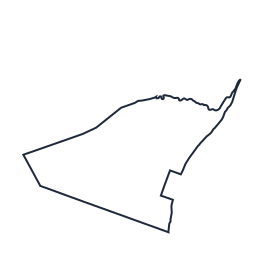 Trarza, Robinson projection, rotated 200°
{"feature_id": "MRT-2788", "entity_name": "Trarza", "entity_type": "Region", "adm_level": 1, "iso_a3": "MRT", "parent_name": "Mauritania", "parent_adm1": "", "projection": "robinson", "projection_center": [-15.679, 17.405], "detail": "fine", "context": "isolated", "style": "outline", "palette": "slate", "viewbox_px": 256, "rotation_deg": 200, "n_neighbors": 0, "source": "natural_earth", "source_scale": "10m", "svg_char_len": 1952}
<svg xmlns="http://www.w3.org/2000/svg" viewBox="0 0 256 256"><g transform="rotate(200 128 128)"><path d="M112.4,166.8L112.4,166.7L111.8,166.0L111.2,165.7L110.2,166.2L109.7,166.5L109.4,167.0L109.3,167.8L109.2,168.1L109.0,168.4L108.7,168.7L108.3,168.8L108.0,168.9L107.7,168.7L107.2,168.2L106.8,167.6L106.4,167.1L105.7,166.9L105.1,167.1L104.7,167.6L104.6,168.3L104.9,169.0L105.6,169.8L105.8,170.2L105.8,170.5L105.6,170.8L105.3,171.1L104.3,171.5L99.3,172.3L98.6,172.4L96.4,172.0L94.9,172.0L94.2,172.2L92.3,173.1L91.6,173.3L90.9,173.3L90.4,173.0L90.0,172.5L89.8,172.0L89.3,171.6L88.6,171.5L88.0,171.9L87.4,172.4L86.3,174.2L85.8,174.7L85.3,175.0L84.6,175.0L82.6,174.6L81.9,174.7L81.4,175.1L80.4,176.1L79.7,176.6L79.0,176.8L78.3,176.9L77.6,176.7L76.5,176.1L76.1,176.0L74.6,175.9L72.5,175.1L71.8,175.1L70.7,175.3L70.3,175.3L68.7,174.9L68.0,175.0L66.2,175.9L65.9,175.9L65.6,175.9L65.0,175.6L64.6,175.5L64.2,175.6L63.9,175.8L63.6,176.0L62.5,176.2L61.4,176.1L60.5,175.6L59.7,174.7L59.2,173.8L58.8,173.4L58.4,173.1L57.8,172.9L57.3,173.1L56.7,173.3L55.4,174.4L54.9,174.6L54.4,174.7L53.9,174.7L52.3,174.4L51.3,174.6L50.3,175.3L49.4,176.2L48.8,177.2L48.5,178.2L48.2,180.3L46.3,189.2L46.1,189.9L45.8,190.4L45.1,190.9L43.4,191.4L42.7,192.0L42.4,193.1L42.2,196.7L41.4,198.8L40.7,201.1L40.5,201.7L40.4,207.5L39.9,210.4L38.8,212.4L39.6,203.5L39.5,198.8L39.0,188.2L39.5,184.7L39.8,183.7L41.1,181.0L41.5,178.4L41.9,177.6L42.4,176.2L42.4,170.5L42.7,168.2L46.4,157.8L47.4,156.0L48.1,152.5L48.9,150.7L51.1,147.2L55.1,137.8L55.3,136.5L56.0,135.5L60.3,120.6L61.7,114.1L62.0,107.1L62.5,102.5L74.0,102.5L74.1,87.8L74.0,75.7L61.7,75.9L61.2,75.8L60.8,70.9L60.3,69.0L57.9,63.3L56.8,56.7L56.0,54.6L56.4,53.3L56.4,51.9L54.6,44.5L54.3,43.9L143.8,43.6L145.7,43.6L190.6,43.6L217.2,67.1L181.2,96.5L168.3,107.1L158.0,117.5L141.4,144.7L130.2,153.9L129.9,154.2L128.9,155.6L127.6,157.0L124.0,158.7L117.7,162.5L113.2,165.8L112.4,166.8Z" fill="none" stroke="#1e293b" stroke-width="2"/></g></svg>